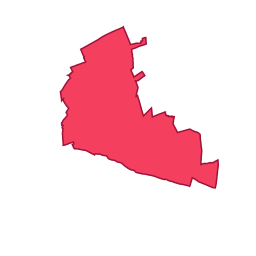 outline of Predesti, Dolj, Romania, rotated 153°
{"feature_id": "2599482B93279988577688", "entity_name": "Predesti", "entity_type": "district", "adm_level": 2, "iso_a3": "ROU", "parent_name": "Romania", "parent_adm1": "Dolj", "projection": "equal_earth", "projection_center": [23.59, 44.374], "detail": "fine", "context": "isolated", "style": "filled", "palette": "rose", "viewbox_px": 256, "rotation_deg": 153, "n_neighbors": 0, "source": "geoboundaries", "source_scale": "gbopen_adm2", "svg_char_len": 5582}
<svg xmlns="http://www.w3.org/2000/svg" viewBox="0 0 256 256"><g transform="rotate(153 128 128)"><path d="M113.0,220.6L114.2,220.3L122.3,220.0L127.0,219.8L132.7,219.6L134.4,219.6L134.9,213.7L134.7,211.3L135.3,211.3L135.4,210.2L135.7,210.2L135.7,206.1L137.0,206.2L138.1,206.4L143.1,207.0L144.2,207.2L145.3,207.3L146.0,207.4L146.5,207.4L147.6,207.5L150.0,207.9L151.7,208.0L151.7,203.2L152.2,203.2L152.7,203.1L153.5,203.1L153.8,202.4L155.1,202.5L155.1,202.2L155.5,202.1L156.5,202.1L157.6,202.3L157.1,201.7L156.9,201.5L156.8,201.3L156.7,200.4L156.6,199.2L156.5,198.7L156.8,198.5L157.2,198.4L158.6,198.0L159.4,197.7L160.2,197.3L162.9,195.8L163.8,195.3L166.3,193.8L168.8,192.2L170.5,191.3L171.9,190.9L171.9,190.6L172.8,187.8L173.3,186.5L174.2,183.7L174.7,182.6L174.3,182.8L173.7,183.1L173.1,183.4L172.7,183.5L172.4,183.5L172.0,183.5L172.0,183.3L172.2,183.2L172.7,183.1L173.0,183.0L173.0,182.6L173.2,182.3L173.2,181.8L173.2,181.1L173.1,180.5L173.1,179.5L172.9,177.4L172.6,175.2L172.2,173.8L172.0,172.5L173.5,171.5L174.2,171.1L176.0,170.0L176.1,169.8L176.0,167.8L176.0,167.3L176.2,167.1L176.4,166.8L176.9,166.5L177.4,166.2L178.8,165.7L179.0,165.5L179.4,165.3L180.6,165.0L181.1,164.8L182.2,164.3L182.5,164.1L182.9,163.8L183.3,163.4L183.9,163.1L184.5,162.9L184.9,162.6L185.1,162.2L185.3,161.7L185.6,161.1L185.8,160.3L185.7,160.2L184.8,159.9L184.7,159.8L186.6,158.2L186.6,157.6L186.6,157.4L186.2,157.0L188.8,153.1L191.8,146.0L192.7,143.7L193.2,142.4L193.6,142.0L193.0,141.8L192.3,141.6L191.8,141.5L189.5,141.1L188.7,141.0L187.2,141.0L186.1,140.8L184.1,140.3L183.0,140.1L183.6,138.4L185.2,138.4L185.2,138.1L185.2,137.2L185.3,136.2L185.3,134.0L184.4,133.4L183.0,132.6L182.4,132.3L178.6,129.2L176.1,127.4L175.5,126.9L174.3,125.1L173.8,124.5L171.3,120.9L170.7,120.3L170.5,119.9L170.1,119.2L169.1,119.6L168.4,119.7L167.3,118.8L166.4,118.2L165.5,117.8L164.9,117.5L163.7,116.0L162.9,115.2L162.2,114.6L161.0,113.8L160.3,113.4L159.7,112.5L159.4,112.0L159.4,111.8L159.6,111.0L159.5,110.4L159.3,109.6L158.8,108.8L158.4,108.4L157.8,107.8L157.5,107.4L157.1,107.0L155.3,105.7L154.7,105.3L153.9,104.2L153.5,103.5L153.3,103.0L152.8,102.6L152.0,101.9L150.5,100.6L149.9,99.9L149.4,98.9L148.5,96.7L148.1,95.6L147.6,94.6L147.0,93.7L146.5,92.5L145.4,90.8L144.5,89.8L143.7,88.7L143.0,88.6L142.7,88.3L142.1,87.6L141.7,87.0L141.2,85.4L141.0,84.9L140.6,84.5L139.6,83.5L137.9,82.3L136.6,81.0L135.1,80.0L133.3,78.9L132.1,77.8L130.7,76.6L129.1,75.5L127.3,73.9L125.8,72.5L123.3,69.7L121.9,68.2L119.7,66.2L118.9,65.5L118.3,65.4L117.3,64.9L116.7,64.2L116.1,63.2L115.8,62.8L114.4,61.4L113.7,60.9L112.9,60.3L111.4,58.5L109.2,56.4L108.4,55.6L107.8,55.0L106.8,54.2L105.7,53.5L104.1,52.3L102.8,51.1L102.5,51.0L102.1,50.5L101.7,50.2L100.9,49.5L99.8,48.5L99.6,48.1L98.2,49.2L97.7,49.9L96.3,51.3L95.7,51.9L95.4,52.4L94.9,52.7L94.4,53.4L94.0,53.7L93.4,54.4L92.4,53.3L91.4,51.7L89.2,47.7L85.3,43.3L79.5,36.4L78.4,35.6L77.5,35.0L75.7,37.1L74.5,38.7L74.2,39.3L73.5,40.2L72.8,41.4L72.2,42.1L71.7,42.9L71.1,43.9L68.7,47.5L68.0,48.7L64.4,53.9L63.3,56.7L62.7,57.7L62.4,58.7L62.9,58.6L63.9,58.7L64.9,58.7L66.2,58.6L66.7,58.6L67.3,58.5L67.7,58.5L68.0,58.7L69.1,59.0L69.9,59.2L70.0,59.4L70.3,59.8L71.1,60.0L72.2,60.2L73.3,60.4L74.3,60.7L74.8,60.9L75.0,61.1L75.4,61.5L75.9,61.5L76.0,61.7L77.1,62.1L77.7,62.2L78.4,62.3L79.1,62.3L79.4,62.2L79.7,62.3L79.5,62.7L79.0,63.5L78.6,64.2L78.6,64.5L77.9,65.4L77.7,65.9L76.9,67.1L76.6,67.6L75.9,69.1L75.6,69.3L75.1,70.2L73.6,72.6L72.7,74.2L72.4,74.7L72.1,75.6L72.0,75.8L71.7,76.7L71.5,77.5L70.3,80.5L68.7,84.9L67.9,86.9L67.4,87.8L66.7,89.5L66.8,90.0L67.3,91.3L67.7,92.0L68.3,92.8L68.5,93.1L69.8,94.2L70.5,94.9L72.0,96.9L72.8,98.0L72.9,98.4L73.0,98.6L73.5,98.9L74.0,99.1L79.5,100.2L80.7,100.4L81.9,100.7L82.2,100.8L82.7,100.9L83.3,101.0L85.2,101.4L86.0,101.5L85.9,105.0L86.0,108.9L85.9,111.4L84.5,113.3L83.7,114.6L82.7,115.7L81.6,117.2L82.3,117.6L82.5,117.7L82.8,117.7L82.9,117.9L83.0,118.0L83.3,117.9L83.5,117.8L83.5,118.0L83.7,117.9L83.9,118.0L84.3,118.3L84.4,118.5L84.4,118.9L84.2,119.0L84.3,119.1L84.7,119.0L84.9,119.0L84.9,118.9L85.1,119.0L85.3,119.2L85.4,119.3L85.6,119.4L86.2,119.3L86.3,119.4L86.3,119.6L86.5,119.7L86.6,120.1L86.5,120.4L86.4,120.6L86.5,120.7L87.5,121.1L87.8,121.4L87.7,121.8L87.8,121.9L88.0,122.0L88.3,122.1L88.5,122.2L88.5,122.4L88.5,122.7L88.3,123.0L88.2,123.3L88.1,123.6L88.0,123.8L88.1,124.1L88.2,124.9L88.1,125.1L87.9,125.1L87.7,125.1L87.4,125.2L87.5,125.4L91.6,125.9L93.2,126.1L101.2,126.8L100.4,129.1L99.0,132.5L98.0,135.2L106.4,132.5L108.7,131.8L108.5,132.9L108.4,134.2L108.1,135.4L107.8,137.2L107.0,141.1L106.6,143.1L105.8,146.8L105.2,150.6L104.8,152.6L106.3,152.5L105.5,153.7L104.1,155.6L102.3,157.5L100.7,159.5L100.2,163.5L100.1,164.4L100.1,164.6L99.9,166.6L99.6,166.4L98.9,166.0L98.5,165.8L97.9,165.7L97.1,165.7L91.4,166.8L90.9,166.8L89.2,167.0L89.3,168.2L89.8,171.9L96.0,171.2L98.1,170.9L99.2,170.8L99.6,170.7L99.3,173.8L99.1,178.5L96.0,179.2L95.1,181.3L93.7,184.2L93.1,185.7L91.9,188.1L91.7,188.8L91.7,189.1L91.7,189.5L91.6,189.9L91.2,190.6L90.7,191.3L90.4,192.4L90.2,193.4L89.8,194.7L89.8,194.9L89.5,195.2L89.4,195.5L89.2,196.2L89.1,196.5L85.9,196.0L84.4,195.9L82.0,195.8L80.9,195.7L79.1,195.4L76.5,194.9L74.2,194.6L73.6,194.6L72.6,197.0L71.1,200.5L71.5,200.7L72.3,201.0L73.2,201.1L74.6,201.2L75.2,199.9L75.4,199.2L76.2,199.3L77.2,199.5L77.6,198.0L78.6,198.1L79.0,198.2L80.0,198.6L82.1,199.8L82.4,199.9L83.3,200.0L84.6,200.3L87.1,201.0L87.6,201.2L88.0,201.4L87.7,202.5L87.5,205.0L86.9,212.2L86.7,215.5L86.5,217.9L86.3,220.3L86.8,220.1L89.7,220.2L93.6,220.5L98.5,220.8L105.2,221.0L110.4,220.8L113.0,220.6Z" fill="#f43f5e" stroke="#9f1239" stroke-width="1.5"/></g></svg>